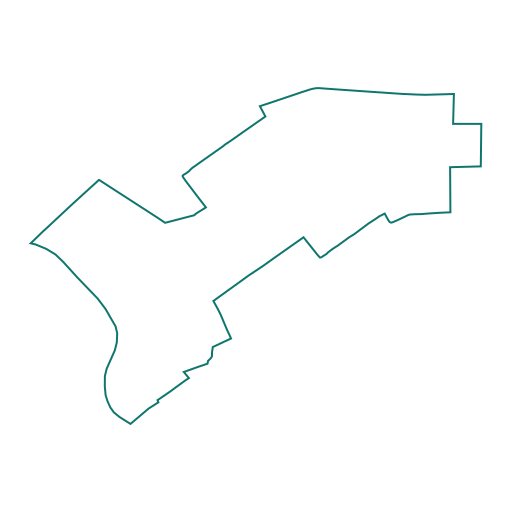 the district of Curcani, Calarasi, Romania
{"feature_id": "2599482B73805615564390", "entity_name": "Curcani", "entity_type": "district", "adm_level": 2, "iso_a3": "ROU", "parent_name": "Romania", "parent_adm1": "Calarasi", "projection": "equal_earth", "projection_center": [26.604, 44.207], "detail": "fine", "context": "isolated", "style": "outline", "palette": "teal", "viewbox_px": 512, "rotation_deg": 0, "n_neighbors": 0, "source": "geoboundaries", "source_scale": "gbopen_adm2", "svg_char_len": 2031}
<svg xmlns="http://www.w3.org/2000/svg" viewBox="0 0 512 512"><path d="M130.5,423.9L139.6,416.2L148.7,408.5L158.4,402.3L157.5,400.2L170.5,391.3L174.5,388.3L182.2,382.7L185.5,380.3L188.9,378.1L183.8,372.0L198.0,366.9L207.5,363.7L207.9,361.6L208.1,360.8L209.9,359.2L210.9,358.1L211.8,356.6L212.0,355.5L212.0,352.1L212.6,348.6L212.8,347.0L231.0,338.5L229.9,335.9L226.8,329.3L223.1,320.5L220.5,314.3L217.6,308.6L213.4,301.0L221.1,295.4L243.4,279.3L248.2,275.8L263.5,265.6L273.0,258.8L303.5,237.3L317.3,254.6L319.6,257.2L319.9,257.5L321.1,257.4L326.6,253.9L328.0,252.4L332.1,249.3L335.4,247.1L338.6,245.1L339.7,244.2L349.4,237.1L351.2,236.1L354.6,233.9L361.0,229.1L368.5,223.5L375.3,219.1L379.5,216.2L384.7,213.6L388.1,219.8L389.2,221.5L389.7,222.0L390.6,222.5L391.3,222.6L391.9,222.5L395.2,221.2L401.7,218.2L408.3,215.0L409.2,214.7L410.2,214.5L415.2,214.2L421.0,214.1L428.6,213.5L439.4,212.8L450.4,212.3L450.2,181.2L450.1,167.2L480.8,166.4L481.3,123.9L453.1,123.9L453.3,116.7L453.6,105.4L453.9,94.0L439.7,94.4L425.5,94.8L418.0,94.6L402.0,93.9L371.2,91.8L335.1,89.3L318.7,88.1L316.0,88.2L313.2,88.7L310.3,89.4L301.6,92.2L290.7,95.9L259.9,106.2L265.4,116.5L242.9,132.2L236.0,137.1L230.4,141.0L224.7,144.8L223.5,145.9L202.2,160.9L201.8,161.2L200.2,162.3L196.6,164.9L192.4,167.8L190.2,169.8L189.3,171.0L187.8,172.1L186.0,173.4L183.9,174.6L182.7,175.6L182.6,176.1L182.9,176.9L185.5,180.7L196.9,195.7L205.9,207.4L197.6,212.6L195.6,213.9L194.4,215.2L165.1,222.8L157.7,217.8L114.2,189.7L99.1,179.9L98.7,180.1L97.4,181.3L95.6,183.0L93.9,184.5L89.4,188.6L87.0,190.8L84.1,193.4L77.9,199.1L75.1,201.6L71.3,205.1L68.4,207.8L56.3,219.1L50.3,224.7L44.8,229.8L43.0,231.4L38.4,235.9L30.7,243.3L32.8,243.8L35.7,244.5L46.3,248.9L50.9,251.7L55.5,254.5L63.2,261.9L77.1,277.2L89.2,289.8L97.7,298.6L105.6,309.1L111.0,318.5L115.6,326.4L117.2,333.2L116.8,342.5L114.8,350.4L106.7,368.7L104.9,376.0L104.8,386.1L105.6,395.1L107.5,401.2L110.3,407.4L113.9,412.4L119.5,417.0L121.8,418.4L123.8,419.7L130.5,423.9Z" fill="none" stroke="#0f766e" stroke-width="2"/></svg>